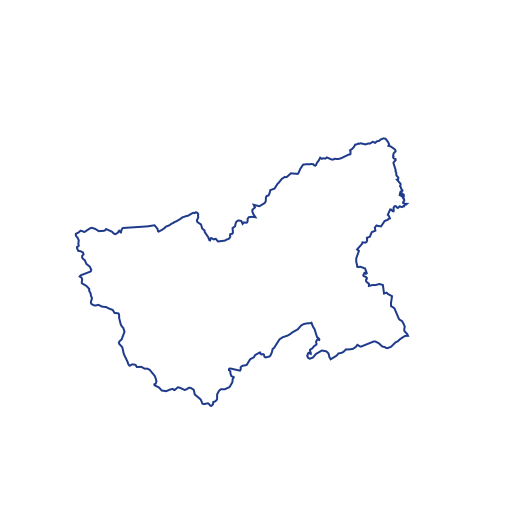 Lam Ha, Lâm Đồng, Vietnam (Albers equal-area conic projection), rotated 26°
{"feature_id": "81297802B58085294619279", "entity_name": "Lam Ha", "entity_type": "district", "adm_level": 2, "iso_a3": "VNM", "parent_name": "Vietnam", "parent_adm1": "Lâm Đồng", "projection": "albers", "projection_center": [108.219, 11.861], "detail": "fine", "context": "isolated", "style": "outline", "palette": "blue", "viewbox_px": 512, "rotation_deg": 26, "n_neighbors": 0, "source": "geoboundaries", "source_scale": "gbopen_adm2", "svg_char_len": 6135}
<svg xmlns="http://www.w3.org/2000/svg" viewBox="0 0 512 512"><g transform="rotate(26 256 256)"><path d="M359.9,163.5L357.8,161.7L356.4,161.2L356.2,155.3L357.0,155.0L359.1,155.8L360.0,155.6L359.9,154.8L358.5,152.5L358.7,150.5L360.0,149.9L361.4,150.6L362.5,150.6L363.4,148.3L365.5,148.2L366.4,147.3L366.6,146.5L367.3,146.4L367.2,144.5L368.3,144.0L368.7,143.0L367.2,143.7L364.9,143.8L364.6,142.5L365.0,141.3L364.6,140.5L363.6,140.0L363.6,139.4L362.3,139.2L362.2,138.5L362.7,137.5L361.8,136.0L360.1,136.1L361.0,137.5L360.7,138.3L358.5,138.3L358.0,136.6L359.2,136.3L359.5,135.7L359.1,135.3L357.9,135.3L357.7,134.7L359.0,133.3L358.9,132.8L356.8,131.8L356.1,130.7L354.8,130.1L354.7,128.5L354.3,127.8L349.3,125.6L350.2,125.0L349.6,123.2L346.7,121.9L345.6,119.7L344.3,118.8L344.0,117.7L338.8,112.2L338.6,111.5L339.5,108.5L338.9,107.7L337.3,107.9L336.7,107.7L336.0,107.2L335.9,106.1L335.3,105.9L334.7,103.3L335.6,100.8L334.9,99.8L333.5,99.2L329.2,98.5L326.7,98.9L326.8,97.4L325.2,96.0L321.1,93.8L319.0,94.4L317.0,96.6L316.1,98.7L314.3,100.0L313.5,102.1L311.0,102.1L308.9,105.2L307.5,105.7L305.5,107.7L300.7,108.8L299.4,110.0L298.8,110.0L297.6,111.5L296.3,112.4L296.2,115.1L295.4,117.8L294.2,119.7L295.4,121.0L296.2,123.2L294.8,124.3L289.5,131.0L287.1,133.0L284.1,134.1L283.4,135.2L281.9,136.1L276.4,136.4L275.6,138.1L273.4,138.8L272.6,139.8L270.6,139.5L270.5,142.9L269.9,145.8L270.1,148.0L269.7,148.8L268.3,149.0L267.4,148.4L266.6,148.6L264.6,149.5L263.3,150.5L262.1,150.8L258.3,153.2L257.6,158.1L257.8,163.5L257.3,164.0L251.1,166.4L249.1,171.4L248.3,172.1L247.2,172.3L245.3,175.6L244.3,180.3L243.7,181.7L243.1,187.3L240.0,190.5L240.6,193.1L240.7,196.2L239.3,197.3L239.2,198.9L240.6,202.1L240.8,203.7L240.3,205.1L237.2,209.8L231.5,211.0L233.8,212.8L232.5,216.0L233.3,217.8L235.4,219.6L238.5,221.4L235.5,222.4L232.6,224.2L232.1,226.1L233.1,228.1L233.3,229.7L232.5,230.5L230.4,231.1L229.9,233.0L227.5,231.0L224.6,231.7L223.4,233.6L223.3,234.9L224.1,238.6L222.7,241.2L224.7,244.5L225.1,245.8L224.9,246.4L223.3,247.6L223.5,248.6L224.4,249.9L224.3,251.7L223.8,252.8L222.4,254.1L221.3,255.8L215.5,259.6L212.2,258.2L210.7,259.6L207.9,259.5L207.5,260.1L207.9,262.1L207.1,262.2L204.9,260.1L199.2,256.8L198.6,255.6L195.6,254.9L192.8,251.8L188.4,251.2L187.2,249.8L187.2,246.7L186.2,245.2L185.8,243.8L184.6,243.0L182.8,243.0L182.0,244.4L181.1,244.5L180.2,245.2L177.0,249.9L176.1,250.4L172.8,253.7L171.8,255.8L169.2,259.8L167.6,261.4L167.3,262.5L166.1,263.7L164.5,266.6L162.0,269.3L161.7,270.7L160.0,273.8L157.7,276.8L156.9,276.5L155.5,274.7L151.3,272.9L145.4,277.0L124.4,289.0L123.8,289.7L123.7,291.8L124.3,294.0L124.0,294.2L121.9,293.3L121.5,295.8L120.1,298.0L118.7,298.2L115.8,297.3L109.4,297.5L109.2,298.9L108.2,300.1L103.8,302.6L99.6,302.1L95.9,302.7L94.7,303.9L91.3,309.6L87.3,310.1L86.0,313.0L84.4,314.9L84.6,315.7L85.2,316.7L88.1,318.1L89.8,319.6L91.0,323.0L92.1,324.3L92.1,325.1L91.2,326.3L91.6,327.3L94.0,329.3L96.2,328.6L99.0,328.7L100.3,330.2L99.7,332.0L100.3,333.5L102.3,334.6L103.9,334.8L107.1,337.5L111.2,338.4L114.0,340.6L114.2,342.1L113.9,342.7L106.9,350.2L106.5,351.7L108.6,351.9L110.0,353.2L111.1,356.5L111.6,356.9L116.6,357.2L120.6,358.7L121.2,360.3L123.8,362.2L125.2,364.2L127.1,365.8L127.8,369.8L128.2,370.6L129.3,371.3L131.8,371.4L133.6,370.8L135.7,369.0L139.8,369.0L143.7,367.6L146.8,367.7L150.9,367.3L153.8,369.2L157.3,367.9L158.0,368.1L159.4,370.0L160.0,371.5L164.1,376.4L165.9,377.9L168.3,378.9L171.0,381.7L171.8,389.8L170.8,392.2L170.7,394.0L171.7,395.0L175.8,396.6L180.3,402.2L187.2,407.6L188.0,408.7L190.1,410.0L190.7,409.9L192.2,407.7L194.5,406.8L195.7,406.8L197.5,408.0L201.6,405.9L205.3,406.1L207.8,404.9L210.3,404.9L217.6,408.2L219.5,410.0L221.5,412.3L221.8,414.7L220.9,415.8L221.1,416.4L222.1,416.7L226.3,416.7L230.3,418.2L234.5,416.9L237.4,413.6L239.2,412.1L240.3,412.0L241.1,412.4L241.6,412.2L243.3,408.3L245.0,407.8L250.6,407.7L252.0,406.3L253.3,404.0L254.9,403.2L258.4,403.5L259.2,404.1L261.6,407.3L269.2,409.2L272.6,412.2L274.2,411.9L277.3,409.5L278.3,409.5L280.7,410.6L281.5,410.4L282.4,408.3L281.6,405.9L283.0,404.7L283.8,402.5L283.7,401.5L281.7,397.4L281.9,393.1L282.9,391.1L286.3,389.5L289.7,385.4L290.1,379.8L289.0,376.9L289.2,374.8L288.9,374.5L287.5,374.8L286.3,374.6L284.4,372.6L283.5,370.9L281.7,370.4L281.3,369.3L281.6,368.7L282.8,368.2L291.8,366.1L292.0,364.7L291.0,362.7L291.2,361.9L292.3,360.3L294.7,358.7L295.4,357.8L296.0,351.4L298.5,347.9L298.6,345.5L301.6,341.1L302.1,340.9L302.8,341.9L303.4,342.1L304.3,342.0L305.3,341.1L306.2,341.1L307.9,342.9L309.0,343.0L312.2,340.4L312.6,339.0L312.5,335.7L311.7,332.2L312.5,330.9L313.7,320.5L315.7,317.2L319.3,313.7L320.9,311.3L322.3,308.5L325.8,303.4L326.9,299.0L328.5,296.5L331.3,294.2L334.6,292.4L335.1,291.7L338.1,294.5L340.6,296.0L346.4,302.1L348.6,302.6L349.5,303.2L349.6,303.8L348.1,303.9L347.6,304.5L347.6,306.9L349.0,308.5L349.1,309.1L347.6,311.9L347.2,314.1L345.7,316.5L345.9,317.3L347.8,319.2L348.1,320.0L345.8,319.9L345.4,320.9L345.9,322.6L345.7,323.1L347.2,324.6L349.3,324.8L351.7,322.3L352.8,317.8L356.6,312.1L360.8,310.9L362.6,311.3L364.1,312.0L366.3,314.7L368.4,316.1L372.2,310.1L372.8,307.5L375.3,305.6L376.6,303.9L377.8,300.5L380.6,299.2L383.9,296.9L385.6,293.9L386.1,291.4L389.3,291.7L390.1,291.4L399.4,281.1L400.9,280.5L404.6,280.6L409.2,282.0L411.6,281.4L413.5,281.6L414.9,280.9L417.2,278.3L419.2,272.6L421.0,270.2L421.8,267.8L424.4,263.4L425.2,262.4L427.6,261.1L426.3,260.0L422.2,258.3L421.4,257.0L420.6,254.2L418.2,252.1L415.8,250.5L413.2,250.3L411.9,249.8L403.3,242.3L399.3,241.8L397.9,239.0L395.9,232.5L391.1,232.3L389.5,231.7L387.5,233.6L382.8,226.5L379.3,227.0L375.9,229.9L373.3,231.1L370.6,233.4L369.6,231.4L367.0,230.9L366.1,230.4L365.3,229.3L365.6,227.8L365.2,227.1L364.1,226.7L361.5,226.8L360.8,226.2L360.9,223.5L361.3,223.3L362.6,223.8L363.1,222.9L359.5,219.4L354.5,219.9L352.7,221.2L351.5,221.2L351.0,220.1L348.6,217.2L347.1,214.1L346.3,206.3L344.0,205.8L346.0,198.6L345.7,197.1L348.5,196.0L349.2,194.9L349.0,193.1L347.7,191.0L349.9,188.8L349.6,183.8L352.2,180.9L350.4,178.5L350.7,176.3L351.0,175.7L353.1,175.4L355.4,174.5L356.3,168.0L358.2,166.2L359.0,164.4L359.9,163.5Z" fill="none" stroke="#1e3a8a" stroke-width="2"/></g></svg>